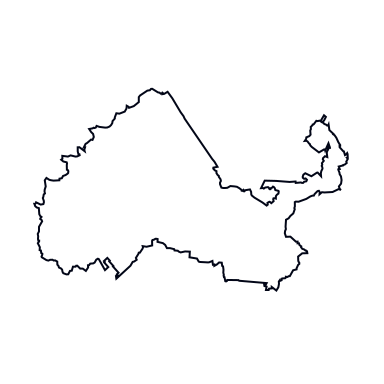 Tancoco, Veracruz, Mexico, rotated 354°
{"feature_id": "50627088B65767533460157", "entity_name": "Tancoco", "entity_type": "district", "adm_level": 2, "iso_a3": "MEX", "parent_name": "Mexico", "parent_adm1": "Veracruz", "projection": "albers", "projection_center": [-97.748, 21.267], "detail": "fine", "context": "isolated", "style": "outline", "palette": "ink", "viewbox_px": 384, "rotation_deg": 354, "n_neighbors": 0, "source": "geoboundaries", "source_scale": "gbopen_adm2", "svg_char_len": 6023}
<svg xmlns="http://www.w3.org/2000/svg" viewBox="0 0 384 384"><g transform="rotate(354 192 192)"><path d="M158.2,86.5L150.4,90.6L149.0,92.1L148.5,97.0L143.1,100.5L138.2,101.7L137.9,100.7L136.1,99.4L135.6,102.1L133.5,105.0L128.0,106.5L125.0,105.8L123.0,109.8L122.9,110.9L120.4,113.2L119.9,115.2L118.5,117.0L116.8,118.3L114.4,119.0L112.4,118.9L106.8,117.6L104.0,116.3L103.1,117.8L101.8,118.2L100.8,117.8L99.9,118.3L96.3,118.6L98.0,121.9L99.7,123.9L100.1,127.0L98.5,129.8L97.1,129.3L92.8,132.3L91.2,133.0L89.1,136.3L90.3,136.4L89.3,138.8L89.5,140.2L84.7,135.7L83.0,135.6L82.6,139.7L83.0,142.5L84.0,142.7L84.1,143.7L81.5,144.6L79.8,144.6L75.1,142.9L72.3,143.8L66.8,142.5L66.6,145.4L65.3,146.2L67.2,148.2L70.5,149.4L70.7,150.6L70.3,152.0L69.9,156.8L70.7,157.1L71.2,158.3L70.8,160.2L70.1,160.8L68.1,161.9L65.4,162.6L64.0,164.7L61.6,164.9L61.3,166.5L55.4,166.2L52.8,165.5L51.3,164.9L48.7,162.8L46.8,165.0L47.1,171.2L45.7,174.4L45.4,176.2L45.6,178.1L44.3,178.9L43.6,181.4L43.0,182.4L43.7,185.4L43.6,186.9L42.9,188.5L40.2,188.7L35.9,186.0L35.6,186.8L34.7,187.4L34.0,187.3L34.6,189.7L36.0,191.2L38.0,192.0L37.8,198.1L38.5,199.9L39.7,201.1L38.6,202.1L38.2,202.9L39.5,204.1L39.9,205.5L36.2,210.6L35.7,215.2L34.2,217.6L34.4,219.9L33.9,222.7L34.1,224.3L34.9,224.4L34.8,225.2L33.3,226.8L34.9,231.0L34.4,233.9L35.6,234.4L35.7,237.0L36.7,237.7L36.6,238.6L35.6,240.5L35.8,241.2L40.1,244.5L42.0,245.2L43.8,244.6L46.2,244.8L47.3,245.7L48.7,245.7L50.7,247.1L50.5,250.2L51.5,251.6L51.8,253.2L53.8,254.4L54.7,255.6L54.9,257.9L55.5,259.3L58.5,260.8L60.3,260.9L62.4,257.7L64.2,257.7L65.8,253.8L68.4,254.1L69.1,253.2L70.2,253.3L72.8,256.5L75.4,256.8L78.2,259.4L80.8,256.2L80.9,254.0L82.0,254.0L83.3,252.6L86.3,252.7L87.8,252.0L89.7,249.3L91.4,248.5L92.3,249.0L97.3,260.6L100.9,257.9L97.3,252.9L97.9,252.4L97.2,251.5L100.9,248.7L103.1,251.7L102.4,252.3L106.1,257.4L105.6,257.8L110.5,264.6L108.7,266.0L109.4,267.0L107.6,267.6L107.7,270.3L123.1,258.9L125.7,255.3L127.2,255.1L129.9,253.6L129.3,251.7L132.2,248.0L132.7,246.8L133.8,246.9L136.9,243.2L137.5,241.9L137.3,240.7L141.1,241.7L146.8,241.0L147.2,236.4L147.7,235.6L149.0,235.5L150.8,234.7L152.1,234.9L152.9,235.2L152.5,238.0L157.7,239.8L159.8,241.8L161.2,245.2L164.2,245.5L168.3,247.0L168.5,248.3L171.7,248.9L172.6,249.9L174.4,250.9L178.9,250.4L183.6,251.1L182.7,256.7L190.0,258.7L191.4,261.9L192.5,262.4L200.6,263.7L201.7,263.7L205.1,262.7L205.2,266.5L206.6,266.4L206.5,267.8L209.1,266.7L211.6,264.9L214.2,265.4L214.3,268.7L215.1,269.2L215.2,272.5L214.7,275.5L215.0,277.9L214.7,278.4L214.9,280.0L215.4,280.1L215.8,284.2L216.5,284.5L217.2,284.2L216.9,283.5L218.2,283.2L229.0,284.5L229.6,285.2L256.7,290.4L255.8,291.7L254.1,291.4L254.2,293.1L256.3,293.9L255.3,297.2L258.0,297.5L258.5,296.2L261.3,296.2L261.4,294.8L265.6,298.8L267.9,295.8L268.9,292.5L269.0,290.1L269.9,289.1L269.9,289.7L271.9,289.1L272.1,288.0L272.6,287.4L275.6,287.5L276.4,286.9L276.5,286.1L277.9,286.5L279.6,285.8L280.5,285.9L284.4,280.4L287.9,279.9L288.1,278.7L289.9,275.6L291.2,274.7L291.3,273.5L290.6,272.3L290.5,271.0L290.8,267.3L295.2,264.5L300.3,264.9L300.2,263.0L299.6,262.8L299.1,262.0L298.6,262.0L297.6,260.9L295.7,260.0L294.7,258.3L295.0,257.5L293.4,256.1L293.0,254.2L291.6,254.1L291.8,252.4L290.2,252.3L285.2,246.7L280.8,246.4L280.0,242.7L280.5,240.5L281.5,238.7L281.4,236.5L282.6,229.4L285.3,228.3L287.3,226.1L290.5,223.9L292.4,219.8L292.1,218.7L292.8,217.1L293.2,212.8L294.2,212.4L297.0,212.8L305.0,210.8L309.2,208.8L311.4,208.2L312.8,208.3L313.7,206.9L316.7,204.4L317.5,204.1L318.4,204.1L319.0,205.4L318.6,207.6L321.2,205.8L323.7,206.3L331.8,206.7L338.2,204.4L340.3,205.6L339.1,204.1L338.7,201.8L341.1,199.3L342.0,195.8L341.8,192.0L340.7,189.7L340.7,188.2L339.8,185.0L340.1,184.4L341.3,184.5L340.6,182.0L344.9,181.4L344.9,181.1L346.9,180.6L348.9,179.3L348.6,177.9L350.4,175.4L349.6,174.1L350.5,173.9L350.7,170.6L350.4,169.5L349.1,170.8L348.0,171.3L347.3,167.5L346.7,167.3L343.5,162.9L343.6,161.4L344.2,161.5L344.3,160.8L342.8,157.9L341.2,153.1L339.7,150.4L338.5,149.4L338.8,149.1L335.1,144.8L334.9,139.2L334.4,140.1L333.4,140.1L332.8,139.3L330.6,138.1L330.0,137.1L328.7,136.3L330.8,134.7L333.0,131.3L331.3,129.5L327.3,135.0L326.5,134.4L324.1,134.6L323.1,134.2L320.2,137.3L319.1,137.5L319.0,138.0L316.9,139.7L316.8,141.9L316.0,143.3L315.9,147.4L314.5,148.7L311.4,149.6L311.1,151.1L309.5,153.0L311.0,153.0L312.1,153.7L313.6,156.2L314.2,156.6L314.5,158.0L315.8,159.7L322.4,165.9L327.9,163.4L328.7,164.1L328.8,164.7L332.8,157.8L333.6,161.4L332.1,161.6L332.0,162.4L333.8,162.4L333.8,162.5L332.3,162.4L332.3,163.0L331.6,163.4L331.8,164.0L330.4,166.0L330.1,167.6L330.2,171.4L328.0,170.3L325.8,172.1L325.5,173.2L326.3,174.8L324.2,176.9L324.4,178.5L323.7,179.6L324.2,181.0L324.2,182.5L322.8,184.7L322.1,186.8L322.0,189.8L319.0,185.8L318.3,185.8L312.4,188.8L306.6,185.2L304.6,186.4L303.7,188.4L303.7,189.4L304.9,190.6L306.4,190.4L307.6,191.9L306.8,193.3L304.6,193.5L303.6,194.5L302.4,194.5L301.3,193.9L296.1,193.8L296.1,192.4L290.1,192.2L277.0,189.8L265.5,188.3L261.1,195.4L263.1,195.5L263.8,196.1L265.3,195.2L268.1,195.1L268.9,195.8L269.1,196.8L269.7,197.4L270.4,197.4L271.0,196.3L272.1,196.1L273.1,195.1L273.9,195.6L274.7,196.8L275.1,198.8L278.1,199.9L278.3,200.6L277.8,202.6L276.1,203.6L275.0,204.9L274.7,207.3L273.9,206.9L272.4,206.8L272.0,207.6L272.2,209.7L269.7,211.4L268.7,210.2L267.9,209.8L265.9,210.7L266.0,212.5L264.8,213.3L261.0,209.8L253.5,204.1L251.1,201.7L250.7,200.6L250.8,198.0L249.9,195.5L245.1,195.8L244.2,196.8L243.7,196.7L243.8,195.9L243.4,195.3L242.6,196.2L241.5,195.9L241.4,195.0L239.5,193.2L237.2,191.5L234.9,190.9L230.8,190.1L227.6,191.5L225.9,191.5L223.5,191.3L221.7,190.7L220.7,187.2L220.8,185.7L221.9,184.0L221.7,182.3L220.3,179.8L220.3,178.7L219.3,177.8L218.3,175.8L218.5,173.8L217.0,172.9L215.6,171.0L215.8,170.0L220.0,169.6L217.5,164.2L215.5,161.2L192.3,118.2L191.5,115.7L189.1,111.6L182.2,96.7L178.2,89.8L174.6,91.5L173.0,91.6L173.4,90.6L172.9,90.1L172.1,91.0L171.1,90.9L170.1,89.8L168.6,89.4L163.2,85.2L162.0,85.2L160.7,86.4L158.2,86.5Z" fill="none" stroke="#020617" stroke-width="2"/></g></svg>